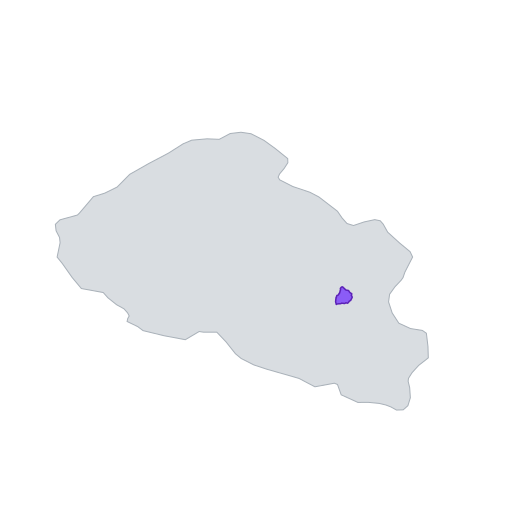 location of Tsenkhar, Lhuntshi, Bhutan, rotated 22°
{"feature_id": "84629894B20725193756290", "entity_name": "Tsenkhar", "entity_type": "district", "adm_level": 2, "iso_a3": "BTN", "parent_name": "Bhutan", "parent_adm1": "Lhuntshi", "projection": "robinson", "projection_center": [91.225, 27.467], "detail": "fine", "context": "in_parent", "style": "filled", "palette": "violet", "viewbox_px": 512, "rotation_deg": 22, "n_neighbors": 0, "source": "geoboundaries", "source_scale": "gbopen_adm2", "svg_char_len": 3328}
<svg xmlns="http://www.w3.org/2000/svg" viewBox="0 0 512 512"><g transform="rotate(22 256 256)"><path d="M400.4,220.9L399.7,224.0L396.4,232.4L394.2,241.4L396.1,248.9L403.6,257.8L413.6,264.8L426.4,265.4L438.2,262.7L442.9,263.8L449.4,275.6L453.9,285.9L447.8,296.5L444.4,305.7L443.2,312.3L444.0,315.2L447.8,320.5L452.2,329.6L452.9,337.9L450.1,343.5L444.0,346.2L437.5,345.4L432.2,345.5L425.5,346.5L415.0,349.6L405.3,353.6L387.0,352.8L379.7,344.6L376.3,344.6L359.6,355.2L341.6,353.4L308.6,356.9L294.8,357.8L280.7,356.6L273.5,354.3L260.3,346.8L248.2,341.3L235.9,346.3L231.6,347.3L221.8,360.1L200.4,364.4L179.2,367.5L172.9,365.8L161.0,365.0L160.5,362.0L160.9,359.1L158.2,356.8L153.3,354.4L145.0,353.4L134.3,350.2L128.1,347.1L106.3,351.6L93.6,344.8L79.2,335.5L72.0,331.5L69.4,317.1L66.9,312.4L61.2,307.5L58.1,301.8L60.7,295.9L75.1,284.9L76.2,282.4L83.0,261.9L92.2,254.4L101.4,244.1L108.3,227.6L121.7,210.7L136.3,193.4L146.4,179.3L153.0,172.7L166.7,165.7L178.2,161.6L186.2,152.1L195.7,146.9L205.6,144.5L220.1,145.8L233.8,149.2L248.9,153.8L250.6,157.6L249.3,164.3L247.1,171.1L247.0,174.6L249.4,176.5L264.1,177.8L282.1,176.7L292.2,177.7L314.8,184.0L321.4,188.4L328.2,191.8L335.0,191.2L343.5,183.9L352.5,177.8L358.0,176.8L362.0,178.8L369.2,184.6L384.1,190.1L397.3,194.3L401.6,198.3L400.1,215.2L400.4,220.9Z" fill="#d9dde1" stroke="#a8b0b8" stroke-width="1"/><path d="M346.1,265.9L346.1,266.0L346.3,266.4L346.5,267.2L346.7,267.5L346.7,267.9L346.8,268.3L347.1,268.8L347.4,269.3L347.9,269.8L348.1,270.2L348.3,270.6L348.7,270.7L348.9,270.2L349.4,270.0L350.0,269.7L350.4,269.4L350.9,269.1L351.4,269.0L352.0,268.7L352.3,268.5L352.7,268.2L353.0,267.7L353.5,267.6L354.5,267.2L355.1,267.1L355.3,267.1L355.5,267.1L355.7,266.9L355.9,266.8L356.0,266.7L356.4,266.4L356.5,266.2L356.8,265.8L356.9,265.7L357.0,265.7L357.6,265.6L357.9,265.6L358.0,265.6L358.4,265.5L358.5,265.5L358.7,265.2L358.9,264.9L359.1,264.5L359.1,264.2L359.3,263.7L359.4,263.4L359.4,263.0L359.5,262.9L359.7,262.6L360.2,262.0L360.4,261.8L360.4,261.6L360.4,261.4L360.5,261.1L360.5,260.7L360.5,260.3L360.6,259.9L360.6,259.6L360.6,259.4L360.6,259.2L360.7,258.7L360.7,258.4L360.6,258.2L360.3,257.8L360.2,257.7L360.1,257.4L359.9,257.3L359.7,257.2L359.3,257.0L359.2,256.9L359.1,256.6L359.1,256.3L359.1,255.8L359.0,255.5L359.0,255.3L358.8,255.1L358.7,255.0L358.3,255.0L358.0,255.0L357.5,254.8L356.9,254.8L356.6,254.6L355.9,254.2L355.2,253.6L354.7,253.4L354.2,253.4L353.8,253.5L353.2,253.7L352.6,253.8L352.0,253.8L351.4,253.7L351.0,253.5L350.5,253.1L350.2,253.0L349.8,252.9L349.3,252.8L348.5,252.5L348.1,252.2L347.9,252.2L347.6,252.3L347.3,252.4L347.1,252.6L347.0,252.8L346.9,252.9L346.8,253.0L346.7,253.4L346.6,253.6L346.5,253.8L346.5,254.0L346.4,254.2L346.4,254.4L346.4,254.6L346.5,254.8L346.7,255.0L346.8,255.2L346.8,255.4L347.0,255.6L347.1,256.0L347.1,256.4L347.1,256.7L347.0,256.9L347.0,257.0L347.1,257.3L347.2,257.5L347.3,257.6L347.3,257.9L347.3,258.3L347.2,258.5L347.3,258.8L347.4,259.3L347.3,259.5L347.1,259.7L347.0,259.9L347.1,260.1L347.1,260.4L347.1,260.6L347.0,260.9L346.8,261.2L346.7,261.5L346.6,261.8L346.4,261.9L346.2,262.0L345.9,262.2L345.8,262.3L345.8,262.5L345.8,263.0L345.8,263.4L345.8,263.6L346.0,263.9L346.0,264.0L345.9,264.3L345.9,264.5L345.8,264.8L346.0,265.0L346.1,265.3L346.1,265.6L346.1,265.9L346.1,265.9Z" fill="#8b5cf6" stroke="#5b21b6" stroke-width="1.5"/></g></svg>